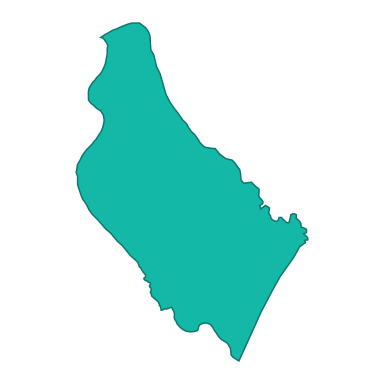 Ese Odo, Ondo, Nigeria
{"feature_id": "59680162B74748273614391", "entity_name": "Ese Odo", "entity_type": "district", "adm_level": 2, "iso_a3": "NGA", "parent_name": "Nigeria", "parent_adm1": "Ondo", "projection": "mercator", "projection_center": [4.962, 6.236], "detail": "fine", "context": "isolated", "style": "filled", "palette": "teal", "viewbox_px": 384, "rotation_deg": 0, "n_neighbors": 0, "source": "geoboundaries", "source_scale": "gbopen_adm2", "svg_char_len": 3397}
<svg xmlns="http://www.w3.org/2000/svg" viewBox="0 0 384 384"><path d="M238.9,361.0L243.5,350.9L250.9,334.6L260.9,312.4L266.6,301.4L273.3,288.8L280.1,276.6L293.7,257.4L299.7,246.7L305.4,242.6L304.6,240.4L307.9,239.8L307.5,237.3L303.6,233.8L306.4,232.7L306.5,229.4L304.5,228.2L303.0,227.6L301.0,227.1L301.0,223.9L299.8,221.5L296.2,218.2L296.3,214.7L294.4,213.8L292.6,213.9L291.0,214.5L289.8,219.3L289.0,222.6L286.8,222.7L282.9,219.2L281.6,217.5L279.1,217.5L277.9,220.6L276.1,221.4L273.5,220.5L271.0,218.4L270.5,215.9L268.7,213.2L269.5,208.1L268.0,206.9L265.4,205.4L260.7,208.9L259.9,205.7L262.5,203.8L263.1,201.9L260.9,198.8L259.3,197.1L258.7,195.4L259.0,192.6L259.0,189.0L256.0,186.7L253.6,184.4L251.5,182.2L249.3,182.5L246.9,182.8L243.9,183.4L241.0,179.9L240.5,173.1L239.9,170.6L239.7,169.6L234.4,162.4L231.9,160.0L229.9,159.6L225.8,158.7L219.6,154.0L215.2,148.6L211.3,148.3L205.2,147.3L203.5,146.2L202.1,144.8L200.0,142.7L198.5,139.9L196.4,137.1L195.7,136.0L195.0,135.0L191.4,131.5L187.9,126.5L186.5,123.7L182.9,120.2L181.5,118.1L178.0,113.2L175.8,110.4L173.7,107.6L170.2,102.6L165.9,94.2L162.8,83.3L160.1,73.8L157.9,69.4L157.3,68.1L156.6,66.7L155.7,63.0L155.1,60.4L153.7,54.7L153.2,53.9L150.8,49.8L150.8,48.9L150.4,43.4L150.1,37.1L149.5,34.5L149.3,33.6L147.9,30.8L145.1,27.2L139.4,23.0L134.5,23.1L131.7,23.1L129.2,23.8L127.6,24.3L126.8,24.5L119.7,27.4L116.9,28.8L112.7,30.2L109.2,32.4L105.0,34.5L100.8,37.4L102.9,38.1L104.3,39.5L107.1,43.7L107.8,45.8L107.2,48.6L107.2,51.5L107.2,52.9L107.2,53.6L106.5,57.7L105.9,61.3L105.2,64.1L103.8,67.6L103.1,69.0L101.7,71.9L99.6,74.7L98.2,76.1L96.8,77.5L94.7,80.4L92.6,82.5L89.8,86.8L89.1,88.2L88.4,91.7L88.4,95.2L88.5,100.2L91.3,103.7L93.4,105.1L94.8,106.5L97.0,108.6L100.5,110.7L103.3,114.9L104.1,119.2L104.1,121.3L103.4,124.8L102.7,127.6L101.3,131.2L97.1,137.6L96.3,138.8L95.7,139.8L94.3,141.2L92.2,144.0L89.4,146.9L86.6,149.7L84.5,152.5L82.4,155.4L81.0,158.2L79.6,161.0L77.5,164.6L76.8,169.5L76.3,171.7L76.1,172.3L76.9,174.4L77.6,176.6L77.6,180.8L77.6,184.3L78.3,187.1L79.8,191.4L81.2,195.6L82.6,199.1L84.8,201.9L86.9,205.4L89.0,209.7L91.9,213.9L97.5,219.5L101.8,224.4L106.0,229.3L110.3,232.8L114.5,237.7L117.4,241.3L122.3,245.5L127.3,251.8L130.1,255.3L137.9,262.3L139.5,267.2L140.1,267.2L140.6,267.6L141.7,269.8L143.6,272.7L145.3,274.6L145.7,275.6L145.6,276.4L145.3,277.1L144.4,277.8L143.9,278.3L143.8,278.8L144.5,279.8L145.5,280.4L146.3,280.7L147.1,281.2L148.0,282.1L148.8,282.2L149.8,282.5L150.3,283.1L150.4,284.2L150.2,284.7L149.5,285.7L149.4,286.2L149.7,286.9L151.0,288.1L151.3,289.3L151.1,290.3L150.7,291.5L150.4,292.1L150.5,293.0L151.5,293.8L151.5,295.3L152.0,296.4L153.2,297.4L154.4,298.5L158.1,301.7L159.1,303.9L159.5,304.5L159.4,305.2L159.5,305.5L159.9,305.7L160.4,306.7L160.8,308.2L161.1,309.3L161.0,310.1L161.7,310.2L163.0,309.8L164.1,309.1L165.3,308.7L165.9,309.0L166.4,309.1L171.1,307.4L171.8,307.4L172.6,309.4L173.8,311.5L174.5,313.8L174.2,317.8L174.5,318.8L175.2,320.0L176.3,321.8L177.0,323.6L178.0,325.0L180.2,327.4L183.0,329.6L185.7,331.0L187.2,331.4L190.0,331.7L193.1,331.7L196.8,330.9L197.9,330.0L198.3,328.7L198.7,326.5L199.2,325.5L200.2,324.5L202.0,323.7L203.8,323.2L205.7,323.0L207.5,323.2L210.0,324.3L211.1,325.2L212.8,327.4L214.3,330.2L217.2,334.5L219.2,337.3L221.6,339.7L225.2,341.8L226.8,342.8L228.2,344.4L230.4,348.4L230.8,351.0L231.1,355.0L233.1,357.3L238.9,361.0Z" fill="#14b8a6" stroke="#0f766e" stroke-width="1.5"/></svg>